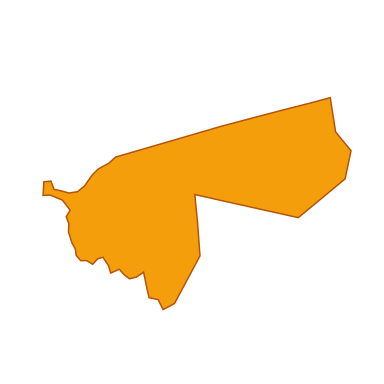 outline of São João do Polêsine, Rio Grande do Sul, Brazil, rotated 192°
{"feature_id": "56859067B22458483222443", "entity_name": "São João do Polêsine", "entity_type": "district", "adm_level": 2, "iso_a3": "BRA", "parent_name": "Brazil", "parent_adm1": "Rio Grande do Sul", "projection": "natural_earth1", "projection_center": [-53.44, -29.641], "detail": "fine", "context": "isolated", "style": "filled", "palette": "amber", "viewbox_px": 384, "rotation_deg": 192, "n_neighbors": 0, "source": "geoboundaries", "source_scale": "gbopen_adm2", "svg_char_len": 792}
<svg xmlns="http://www.w3.org/2000/svg" viewBox="0 0 384 384"><g transform="rotate(192 192 192)"><path d="M304.5,127.2L298.6,116.9L294.3,112.0L292.1,105.9L286.6,101.7L280.8,103.0L274.2,100.6L270.3,107.1L265.5,109.6L258.4,102.6L254.7,95.8L247.1,101.3L241.3,97.1L235.2,94.1L228.7,97.1L222.7,103.5L216.0,88.2L212.0,79.7L202.8,79.7L195.8,71.0L185.9,79.3L170.9,131.2L180.2,163.2L188.7,190.1L157.6,189.7L82.7,189.0L45.0,236.6L45.0,265.4L64.0,280.6L76.4,313.0L97.5,302.3L120.6,290.9L149.2,276.5L177.2,262.3L274.0,210.3L279.4,202.8L284.4,198.6L288.6,194.9L293.3,187.6L298.3,175.7L304.0,168.5L312.1,165.4L319.7,165.9L327.4,165.9L332.3,173.3L339.0,171.2L337.0,157.7L330.2,159.5L317.0,157.1L307.4,148.8L309.9,141.7L305.9,135.4L304.5,127.2Z" fill="#f59e0b" stroke="#b45309" stroke-width="1.5"/></g></svg>